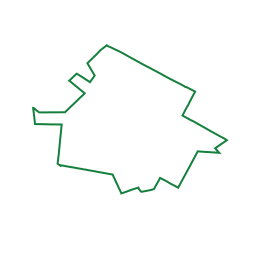 the district of Galicea Mare, Dolj, Romania, rotated 207°
{"feature_id": "2599482B6408106224849", "entity_name": "Galicea Mare", "entity_type": "district", "adm_level": 2, "iso_a3": "ROU", "parent_name": "Romania", "parent_adm1": "Dolj", "projection": "robinson", "projection_center": [23.315, 44.096], "detail": "fine", "context": "isolated", "style": "outline", "palette": "green", "viewbox_px": 256, "rotation_deg": 207, "n_neighbors": 0, "source": "geoboundaries", "source_scale": "gbopen_adm2", "svg_char_len": 3894}
<svg xmlns="http://www.w3.org/2000/svg" viewBox="0 0 256 256"><g transform="rotate(207 128 128)"><path d="M184.4,192.1L184.5,191.9L187.7,185.2L188.2,184.0L188.3,183.3L188.7,181.9L189.7,178.7L193.1,168.7L193.6,167.3L186.7,162.9L181.5,159.6L182.5,152.9L182.7,151.6L185.5,151.9L196.7,153.0L198.4,153.1L200.1,148.3L201.8,143.5L201.6,143.5L188.6,140.6L182.4,139.3L182.5,138.9L183.3,136.3L184.1,134.3L187.1,125.4L188.1,122.7L190.7,115.2L191.2,113.7L191.3,113.4L212.8,102.3L214.2,101.6L214.5,101.6L215.0,101.6L215.9,101.9L218.8,102.4L219.9,102.7L220.9,103.0L221.6,102.8L217.7,97.0L212.6,89.3L202.4,94.3L199.2,95.8L194.8,98.0L192.3,99.2L188.7,101.0L186.9,96.5L184.2,89.4L180.8,80.8L177.8,73.2L174.5,64.2L170.9,63.7L170.9,63.8L170.8,64.1L170.8,64.3L170.7,64.3L170.3,64.5L169.5,64.7L168.4,65.1L167.9,65.2L167.4,65.4L166.5,65.6L165.5,65.9L164.5,66.2L163.6,66.5L162.6,66.8L161.6,67.1L160.7,67.4L159.7,67.7L158.8,68.0L157.9,68.3L157.0,68.6L156.1,68.8L155.2,69.1L154.3,69.3L153.5,69.6L152.6,69.9L151.9,70.1L151.3,70.3L150.7,70.5L150.1,70.6L149.5,70.8L148.9,71.0L148.3,71.2L147.7,71.4L147.1,71.6L146.5,71.8L145.9,71.9L145.4,72.1L144.8,72.3L144.2,72.4L143.6,72.6L143.0,72.8L142.4,73.0L141.9,73.1L141.3,73.3L140.7,73.5L140.2,73.6L139.6,73.8L139.0,74.0L138.5,74.2L137.9,74.3L137.4,74.5L136.8,74.7L136.3,74.8L135.7,75.0L135.2,75.1L134.7,75.3L134.2,75.4L133.6,75.6L133.0,75.8L132.4,76.0L131.9,76.1L131.3,76.3L130.8,76.5L130.2,76.6L129.7,76.8L129.2,76.9L128.7,77.1L128.1,77.3L127.5,77.4L127.0,77.6L126.4,77.8L125.9,77.9L125.4,78.1L124.9,78.2L124.4,78.4L123.9,78.5L122.7,78.9L122.3,79.0L121.5,79.3L121.4,79.3L121.2,79.3L120.9,79.4L120.7,79.4L120.6,79.5L120.3,79.4L120.0,79.1L119.7,78.9L119.4,78.6L119.1,78.4L118.9,78.2L118.6,77.9L118.3,77.7L118.0,77.5L117.7,77.3L117.4,77.1L117.1,76.9L116.8,76.6L116.3,76.2L116.0,75.9L115.5,75.6L115.0,75.2L114.5,74.8L114.0,74.4L113.6,74.0L113.1,73.7L112.6,73.3L112.2,73.0L111.8,72.7L111.4,72.4L111.0,72.0L110.6,71.7L110.1,71.3L109.7,71.0L109.3,70.6L108.8,70.3L108.4,70.0L107.9,69.6L107.5,69.3L107.0,69.0L106.6,68.6L106.2,68.3L105.8,68.0L105.4,67.6L104.9,67.3L104.5,67.0L104.2,66.7L99.4,71.7L99.0,72.2L98.0,73.2L97.6,73.6L97.6,73.8L97.5,74.0L97.4,74.0L91.7,79.6L91.5,79.4L91.3,79.3L91.3,79.2L91.2,79.1L90.8,78.8L90.6,78.7L90.4,78.6L90.2,78.4L89.8,78.2L89.6,78.1L89.3,78.0L89.1,77.9L88.9,77.8L88.6,77.7L88.4,77.6L88.2,77.5L87.9,77.4L87.7,77.4L87.3,77.2L87.2,77.2L86.3,77.8L83.1,80.3L79.8,82.9L77.2,85.3L77.1,85.5L77.1,88.2L77.0,89.6L76.9,91.6L76.9,93.5L76.8,94.6L76.8,95.4L76.7,97.0L76.7,97.7L76.7,98.1L75.5,98.1L74.2,98.1L68.9,98.0L68.2,98.0L66.9,97.8L66.5,97.8L66.1,97.8L65.7,97.8L65.2,97.8L64.8,97.7L64.3,97.7L63.9,97.7L63.5,97.7L63.1,97.7L62.7,97.7L62.3,97.7L61.9,97.7L61.4,97.7L61.0,97.7L60.5,97.7L60.1,97.7L59.7,97.7L59.3,97.7L58.9,97.7L58.4,97.6L58.0,97.6L57.6,97.6L57.1,97.6L56.7,97.6L56.3,97.6L56.2,97.6L55.6,121.1L55.3,136.4L55.3,138.0L55.3,138.8L54.2,139.3L48.9,141.5L45.1,143.2L44.4,143.5L39.2,145.7L35.5,147.3L38.2,148.3L40.8,149.4L41.1,149.5L40.5,150.8L40.0,151.7L39.8,152.0L39.5,152.7L39.1,153.3L38.8,153.8L38.5,154.4L38.5,154.6L38.3,154.9L38.1,155.1L38.0,155.5L37.8,155.8L37.5,156.3L37.3,156.5L37.1,157.1L36.7,157.7L36.4,158.3L36.1,158.8L35.8,159.4L34.9,161.1L34.6,161.6L34.4,162.0L36.9,162.3L43.1,162.4L45.4,162.5L51.7,162.7L60.6,163.1L67.5,163.4L71.9,163.6L74.1,163.6L74.6,163.6L75.0,163.5L75.7,163.5L85.1,163.8L85.1,164.1L85.1,169.2L85.1,171.4L85.0,173.4L84.8,175.8L84.8,177.3L84.9,178.6L84.9,181.1L84.8,181.5L84.9,182.3L84.8,187.1L84.7,190.9L86.3,190.9L92.1,191.0L94.3,191.0L94.8,190.8L95.0,190.7L95.3,190.7L95.7,190.6L96.2,190.7L96.9,190.8L101.4,190.9L115.7,190.9L118.6,191.0L121.4,191.1L122.2,191.1L123.9,191.2L126.0,191.2L129.3,191.3L135.9,191.4L140.5,191.4L142.4,191.5L144.6,191.5L147.8,191.6L150.8,191.7L160.2,192.0L164.1,192.2L167.7,192.3L171.1,192.3L176.6,192.1L179.0,192.1L183.6,191.8L184.4,192.1Z" fill="none" stroke="#15803d" stroke-width="2"/></g></svg>